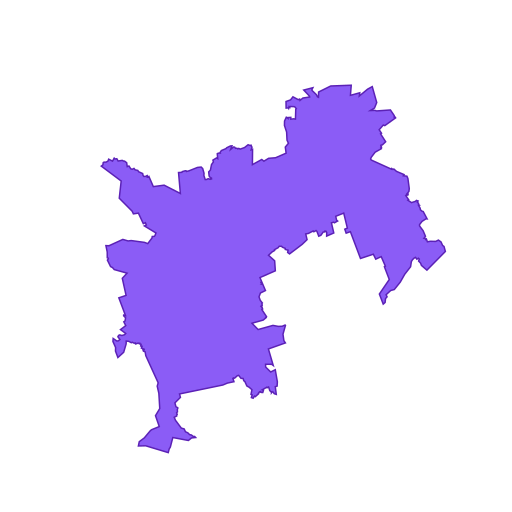 Jilotepec, México, Mexico (Robinson projection), rotated 67°
{"feature_id": "50627088B22130838993983", "entity_name": "Jilotepec", "entity_type": "district", "adm_level": 2, "iso_a3": "MEX", "parent_name": "Mexico", "parent_adm1": "México", "projection": "robinson", "projection_center": [-99.622, 20.017], "detail": "fine", "context": "isolated", "style": "filled", "palette": "violet", "viewbox_px": 512, "rotation_deg": 67, "n_neighbors": 0, "source": "geoboundaries", "source_scale": "gbopen_adm2", "svg_char_len": 6095}
<svg xmlns="http://www.w3.org/2000/svg" viewBox="0 0 512 512"><g transform="rotate(67 256 256)"><path d="M150.5,219.8L151.7,224.2L151.4,228.8L150.2,229.8L150.3,230.9L149.3,231.5L148.9,232.8L147.5,233.1L146.9,234.0L148.0,237.7L145.2,235.1L144.7,236.6L144.9,240.6L145.4,241.7L145.4,246.7L146.7,248.7L147.3,248.7L146.6,250.6L146.7,251.7L151.4,253.2L150.3,254.0L150.9,258.2L152.8,258.5L154.4,261.2L159.1,264.4L160.1,266.7L164.1,267.9L166.9,267.2L166.9,266.6L167.7,266.8L167.5,268.3L166.1,269.8L166.3,271.4L165.8,272.9L161.5,272.5L159.5,271.5L154.7,270.9L152.7,271.7L151.6,275.3L151.4,284.6L151.0,287.0L150.2,287.1L149.9,287.9L149.5,290.9L150.0,291.6L148.9,294.7L168.9,301.2L154.9,312.9L152.0,323.4L141.1,323.5L141.5,324.2L141.0,325.2L140.4,324.6L139.4,324.7L139.6,326.4L139.0,328.1L137.8,328.5L135.8,328.1L132.6,331.1L131.0,331.4L129.5,333.6L127.7,334.1L127.8,336.1L126.8,337.2L123.5,337.8L123.4,339.6L119.6,338.6L117.3,339.9L117.0,340.7L115.7,341.8L114.7,345.8L112.1,346.1L111.6,347.9L110.5,348.3L112.6,351.0L109.3,353.8L110.8,355.2L111.0,357.4L110.2,359.2L110.4,360.2L112.3,361.3L112.8,363.3L134.3,350.8L149.4,359.3L166.4,352.5L169.3,352.4L170.6,347.5L182.2,347.1L182.1,344.8L184.6,344.8L184.7,347.0L195.7,339.1L197.8,341.1L198.2,341.9L197.5,343.9L198.8,344.7L202.3,350.8L199.9,353.3L193.0,364.9L192.2,367.8L188.7,372.1L189.1,387.3L187.8,390.1L194.2,391.4L199.5,393.6L200.0,393.0L200.9,393.0L201.7,394.4L208.9,394.0L210.6,392.6L213.1,391.8L221.4,381.4L224.3,387.8L241.5,391.0L240.9,398.6L259.8,399.4L258.7,400.9L259.3,401.2L261.9,400.2L264.6,401.9L264.9,403.4L269.2,403.1L270.8,409.5L276.4,406.2L277.1,407.7L276.8,410.5L275.4,412.2L275.4,413.5L276.4,414.7L279.7,413.9L280.3,415.8L279.9,417.3L276.1,419.7L278.8,421.1L285.4,421.0L288.6,422.5L295.5,422.8L292.9,415.4L286.2,409.9L283.6,408.7L284.8,406.5L287.1,404.7L287.1,403.5L288.6,402.3L288.8,401.4L289.6,401.3L289.4,400.8L290.0,400.7L290.1,398.7L290.9,397.2L291.3,397.6L292.4,396.3L293.8,397.3L294.6,396.2L296.0,397.5L297.1,396.4L297.7,396.6L297.9,395.5L298.6,395.5L298.7,396.7L299.6,396.8L300.9,395.5L304.7,396.4L334.5,395.6L337.2,397.8L344.5,399.1L358.8,404.2L363.7,410.9L375.2,411.7L375.1,420.0L375.5,421.5L379.8,429.9L381.3,436.0L384.9,438.5L387.6,431.7L402.7,413.6L399.8,411.4L398.4,409.5L390.6,403.5L399.4,390.3L398.3,386.4L399.5,382.5L398.1,383.0L397.8,384.1L395.5,385.4L394.5,386.9L392.2,387.8L390.2,389.6L387.1,389.7L385.2,392.0L375.8,394.3L372.5,394.3L372.3,391.5L371.3,391.1L371.1,390.5L369.2,390.3L368.8,389.2L366.5,388.4L365.8,387.6L365.1,387.3L363.5,388.6L359.5,388.0L356.6,380.8L353.1,380.3L361.8,336.9L361.8,332.0L363.1,325.4L359.6,325.1L359.5,324.2L360.0,324.0L360.0,323.1L358.9,320.0L359.1,318.6L362.8,317.6L363.7,315.7L366.0,316.0L367.3,315.3L372.1,315.2L374.1,313.6L377.5,312.0L381.4,314.7L382.4,313.8L384.5,315.6L385.8,314.2L384.4,312.2L385.2,311.6L383.8,307.4L383.3,307.5L382.4,305.8L382.9,305.4L382.6,304.8L383.7,304.4L384.3,303.1L382.5,301.6L381.6,302.5L381.0,297.3L381.6,297.2L381.5,295.6L385.3,295.9L387.1,295.2L387.1,294.7L387.9,295.1L387.5,294.4L387.8,293.5L389.9,293.0L391.3,291.4L383.8,289.3L384.0,287.4L380.2,285.5L368.2,282.7L368.5,287.8L362.0,290.5L359.4,289.5L361.8,283.9L363.5,282.9L346.4,280.9L347.5,262.9L344.8,263.4L338.5,261.7L331.4,256.0L330.9,256.2L330.9,259.3L329.5,263.0L326.5,267.5L324.5,282.8L316.3,286.0L317.8,274.4L316.7,270.8L316.3,271.0L315.9,270.0L307.9,271.5L307.4,271.5L307.4,270.6L306.1,270.5L305.0,270.4L305.1,270.8L304.2,271.1L303.8,269.5L302.1,269.2L301.7,268.5L298.4,269.4L294.8,269.2L291.8,266.4L291.5,260.8L284.8,260.8L284.4,261.4L284.4,260.8L282.9,260.8L282.7,261.8L282.2,261.8L282.3,260.8L277.4,260.8L277.2,244.0L267.7,240.7L260.2,244.2L258.5,239.4L258.3,237.3L258.0,236.5L257.4,236.5L257.0,232.4L256.1,230.8L257.1,228.6L258.2,228.3L260.4,226.1L261.4,226.5L263.2,224.2L265.1,225.5L267.2,224.3L263.3,208.9L260.9,202.6L255.1,201.6L255.7,199.0L255.3,193.6L256.1,193.5L256.3,192.7L256.0,190.8L257.1,190.3L262.3,190.5L262.3,188.2L260.2,184.8L260.7,183.3L260.0,182.9L260.5,181.9L261.9,181.7L265.3,183.2L265.2,175.4L254.9,173.6L255.2,171.4L256.1,170.8L255.7,167.2L254.5,167.8L250.6,167.1L250.8,158.5L266.0,161.0L266.0,163.8L270.2,164.1L270.5,159.6L299.1,160.8L300.2,147.3L305.7,147.0L305.5,141.0L315.9,140.9L316.0,142.0L329.7,142.5L339.2,157.3L350.0,157.7L349.2,155.3L345.8,153.4L344.8,151.3L342.5,151.4L340.4,145.5L340.9,141.8L336.4,133.4L330.9,126.2L326.3,117.9L321.9,115.2L320.6,113.5L319.7,111.2L319.6,109.7L321.8,109.2L321.5,107.4L322.7,106.9L324.2,108.3L326.9,107.3L329.3,107.4L335.8,104.2L325.8,79.9L320.7,79.2L319.2,80.1L315.3,80.2L312.6,81.9L312.8,84.8L310.5,89.9L309.9,92.7L306.9,92.5L307.1,93.4L305.8,93.5L305.3,94.4L304.1,92.3L298.0,92.3L292.2,93.7L291.0,93.2L289.0,89.6L288.2,85.0L288.7,84.0L280.4,84.7L279.7,85.6L277.7,86.6L276.1,86.2L272.9,86.6L273.0,85.8L272.1,86.3L271.0,85.8L269.5,86.5L268.7,85.3L267.5,86.6L268.0,87.9L267.6,92.0L264.0,94.4L263.8,93.5L259.0,94.5L259.1,92.1L257.9,91.7L258.3,93.9L256.3,90.0L253.9,88.6L244.1,85.9L241.5,85.9L239.7,89.0L238.9,87.9L233.0,93.6L229.8,95.1L229.9,96.1L228.5,96.9L229.0,97.4L212.7,112.4L211.5,112.6L210.2,111.4L207.0,105.8L206.2,98.7L205.2,98.9L204.9,97.9L203.3,98.1L202.8,97.6L203.1,96.3L201.5,92.0L192.2,93.6L192.0,92.5L187.9,93.3L185.2,87.7L186.3,86.5L183.4,73.5L182.5,73.6L182.2,74.5L180.8,73.9L174.1,75.2L169.6,88.3L168.4,89.7L166.8,93.9L166.1,89.1L161.9,84.9L145.5,82.8L146.0,88.0L149.1,98.4L146.3,96.7L145.0,106.3L136.0,101.6L128.7,120.8L129.5,134.3L134.3,136.5L133.5,137.2L131.0,137.4L125.6,139.7L124.7,139.5L123.3,137.9L121.9,147.2L129.8,144.3L130.6,144.5L128.9,151.1L130.0,154.7L128.6,154.5L128.6,156.0L123.9,159.8L125.8,163.2L125.5,168.0L131.6,170.5L132.3,168.4L132.9,168.3L131.5,167.3L132.5,166.8L131.7,166.2L133.3,162.8L133.7,162.1L136.1,161.3L136.5,162.1L145.4,166.2L144.4,167.8L143.7,170.5L142.0,169.8L141.0,172.6L141.8,172.8L140.1,173.9L142.9,177.0L146.9,178.8L153.9,179.4L161.5,182.2L164.9,182.1L167.2,186.5L173.1,188.1L173.2,199.6L171.0,206.2L171.8,211.7L169.4,213.0L170.5,223.6L156.5,217.5L156.4,219.0L154.3,217.2L152.0,217.3L152.1,218.1L150.5,219.8Z" fill="#8b5cf6" stroke="#5b21b6" stroke-width="1.5"/></g></svg>